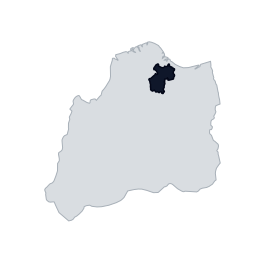 where Edo sits in Nigeria, rotated 166°
{"feature_id": "NGA-2861", "entity_name": "Edo", "entity_type": "State", "adm_level": 1, "iso_a3": "NGA", "parent_name": "Nigeria", "parent_adm1": "", "projection": "mercator", "projection_center": [5.875, 6.657], "detail": "fine", "context": "in_parent", "style": "filled", "palette": "ink", "viewbox_px": 256, "rotation_deg": 166, "n_neighbors": 0, "source": "natural_earth", "source_scale": "10m", "svg_char_len": 5671}
<svg xmlns="http://www.w3.org/2000/svg" viewBox="0 0 256 256"><g transform="rotate(166 128 128)"><path d="M208.0,52.2L215.4,62.6L216.9,70.3L217.5,74.1L218.8,74.5L221.1,74.8L222.7,75.5L223.7,76.8L224.4,77.9L224.5,78.6L224.0,83.3L223.4,84.9L223.8,87.2L223.7,88.2L223.4,88.8L222.4,89.6L221.0,90.3L217.6,92.5L216.7,92.8L215.3,92.9L214.1,93.4L212.6,94.6L209.5,99.0L206.8,103.4L204.9,110.6L202.6,112.8L202.1,114.8L201.8,119.2L201.4,120.5L201.0,120.9L198.5,121.8L197.1,122.8L196.2,124.8L195.1,131.6L194.7,132.7L193.8,133.9L192.6,135.2L191.4,135.9L188.6,136.4L185.8,141.5L185.8,142.4L184.6,147.0L182.4,150.5L182.3,152.8L179.6,155.9L178.3,158.0L179.7,160.1L179.8,160.5L175.2,164.2L175.0,164.8L174.8,167.3L174.4,168.0L173.6,168.9L172.4,170.0L171.1,170.8L169.7,171.3L168.3,171.5L167.6,171.2L167.2,170.4L166.4,167.3L166.0,166.6L165.1,166.0L161.6,162.6L159.5,161.4L159.1,161.5L158.7,161.8L158.1,163.5L157.5,164.2L156.4,164.4L154.4,164.4L153.0,164.2L152.7,163.8L152.0,162.5L147.7,165.6L146.2,166.3L144.2,170.0L141.5,171.9L139.6,173.5L134.5,178.5L133.5,180.0L132.5,182.2L130.3,191.7L126.8,197.6L126.4,198.9L126.2,198.8L125.7,199.4L124.4,199.0L123.8,197.9L122.9,197.7L121.5,196.1L121.2,196.4L122.7,200.5L122.1,202.1L117.8,202.1L114.2,202.6L111.6,202.6L110.4,202.0L109.8,200.5L109.6,200.6L109.5,201.5L108.7,202.1L105.8,202.2L104.6,201.2L103.6,200.0L102.5,199.5L102.6,200.0L103.9,201.1L103.7,202.8L101.4,204.7L100.0,204.8L99.1,204.0L98.6,202.6L98.4,200.7L97.8,199.4L97.5,199.4L97.9,201.5L97.9,203.5L99.0,205.1L97.3,205.5L95.3,205.6L95.0,205.0L94.8,203.7L94.4,203.4L94.0,205.6L89.9,206.2L89.3,206.1L89.2,205.7L89.5,205.1L89.4,204.1L88.5,204.9L88.4,206.4L87.9,206.6L86.3,206.4L84.6,205.6L81.8,203.7L78.4,200.6L77.9,199.2L76.9,197.5L75.1,192.8L75.4,192.6L76.2,192.8L76.6,192.4L75.2,192.1L74.9,191.7L74.8,190.7L74.9,189.4L77.0,188.8L77.5,188.0L77.8,187.2L75.1,188.4L72.7,187.0L72.1,186.2L72.4,185.6L75.3,185.6L76.3,185.0L75.7,184.8L74.6,184.8L74.2,184.4L74.2,183.4L73.8,183.6L73.4,184.5L71.7,185.1L70.7,184.5L70.6,183.1L70.4,182.4L69.6,182.0L66.7,178.2L63.0,175.1L59.7,173.0L54.8,172.0L44.5,172.0L43.9,171.7L44.5,171.2L45.4,170.9L48.7,169.2L48.2,168.9L44.7,170.0L43.5,170.1L42.0,172.2L31.8,172.7L31.9,171.7L32.3,169.0L32.9,167.1L32.3,164.8L32.1,162.7L32.5,162.1L32.7,161.3L32.6,156.0L33.1,155.2L33.1,154.6L32.1,152.4L32.1,150.6L31.9,148.9L31.5,148.2L31.9,141.6L31.8,140.0L32.1,138.9L32.3,136.1L32.3,133.3L32.9,129.0L37.3,128.4L38.4,126.7L39.0,124.5L38.8,122.4L40.2,120.5L41.9,118.8L41.8,117.0L42.3,116.4L43.1,116.0L44.3,115.8L45.6,114.9L46.3,113.3L47.0,110.7L45.9,109.0L45.9,108.6L46.3,107.6L47.0,106.7L47.6,106.3L48.8,106.6L49.3,106.2L50.1,103.4L50.0,102.6L48.8,100.7L48.2,95.6L47.8,95.0L46.9,94.0L44.5,90.4L44.5,88.7L45.5,86.5L46.2,85.5L47.1,84.9L47.3,84.4L47.0,83.8L46.6,83.3L46.5,82.3L46.9,80.9L46.8,79.4L47.0,71.7L49.0,70.2L51.9,67.6L53.4,65.0L54.2,63.0L55.1,56.3L56.7,55.6L59.6,53.1L63.5,51.7L66.1,51.3L70.5,51.6L72.8,51.3L74.8,50.0L75.6,49.6L76.9,49.4L88.0,52.9L89.1,52.7L89.9,52.9L91.3,53.9L94.6,57.1L98.1,62.1L99.1,63.2L100.2,63.8L101.3,64.0L102.1,63.9L102.9,63.4L104.0,62.5L105.7,62.0L107.0,62.1L114.0,58.3L114.6,58.2L118.9,59.1L124.8,62.9L129.5,65.4L132.9,66.3L136.8,66.8L143.5,67.0L148.6,61.6L150.4,60.5L152.7,59.4L157.4,58.4L165.2,57.7L172.5,58.0L177.1,58.9L181.9,60.7L183.9,62.4L187.2,62.7L189.5,62.3L190.3,60.7L192.6,58.5L196.1,56.4L199.0,55.0L201.3,54.4L203.4,52.7L205.1,52.2L208.0,52.2ZM106.1,204.3L104.5,204.8L103.5,204.7L104.9,202.6L105.6,203.0L106.5,203.2L106.1,204.3Z" fill="#d9dde1" stroke="#a8b0b8" stroke-width="1"/><path d="M96.0,170.0L95.5,170.6L95.0,170.7L94.5,170.6L93.9,170.6L92.9,171.1L90.9,172.2L89.4,172.9L89.0,173.1L88.3,174.0L87.9,174.0L87.5,173.5L87.1,173.0L86.6,173.0L86.2,173.3L86.0,173.8L85.9,174.4L86.4,175.3L86.5,175.8L86.7,176.5L87.2,177.3L88.1,178.2L88.4,178.3L88.7,178.4L88.7,179.1L88.5,179.7L87.8,180.5L86.9,181.1L86.2,181.9L85.4,182.5L83.8,182.9L83.5,182.9L83.3,182.8L83.2,182.5L83.3,182.3L83.2,182.1L83.0,181.8L83.3,181.2L83.4,180.6L82.9,180.3L82.4,180.0L81.5,179.0L79.6,178.0L78.6,178.1L77.7,178.6L77.6,178.8L77.5,179.0L77.3,178.9L77.0,178.8L76.4,178.4L75.8,178.3L75.3,178.4L74.3,178.3L74.1,178.7L74.2,179.3L73.3,180.1L73.0,180.2L72.6,180.0L72.5,179.1L72.7,178.0L71.9,177.1L70.8,176.6L70.8,176.1L70.5,175.6L70.3,175.5L70.1,175.4L69.9,175.4L69.7,175.1L69.4,174.7L69.0,174.4L68.7,174.2L68.6,173.9L68.8,173.6L68.9,173.1L69.1,172.8L69.5,172.7L69.9,172.4L70.1,172.0L70.2,171.6L70.5,171.2L70.9,170.3L70.6,169.4L70.3,169.0L70.2,168.9L70.1,168.3L70.1,168.1L70.2,167.5L70.4,167.2L70.9,166.6L71.5,166.0L71.7,165.6L71.9,165.2L71.9,164.8L72.1,164.6L72.4,164.5L76.9,164.5L77.7,165.1L77.4,165.5L77.2,165.9L77.6,167.0L78.0,166.9L78.8,166.3L79.3,166.3L79.5,166.5L80.0,166.6L80.3,166.6L80.4,166.4L80.7,166.0L80.8,165.8L80.9,164.8L81.1,164.4L81.5,164.3L81.5,164.0L81.5,163.9L81.7,163.7L81.4,163.1L81.4,162.5L81.6,161.9L82.0,161.4L82.3,161.2L82.4,160.8L83.1,159.1L83.1,158.9L83.1,158.7L83.4,158.3L83.8,157.9L84.1,157.8L84.3,157.5L84.5,157.0L84.4,156.6L84.3,156.4L84.2,155.9L84.4,155.5L84.3,155.3L83.9,154.9L84.0,154.4L84.2,154.2L84.7,154.1L84.9,154.0L85.2,153.6L85.5,153.1L85.8,153.2L86.1,153.1L86.4,153.3L86.3,153.6L86.9,153.8L87.0,154.2L86.8,154.9L87.2,155.4L87.9,155.4L88.7,155.1L89.0,154.9L89.3,154.8L89.5,155.1L89.7,155.3L90.3,155.7L90.7,156.2L91.1,156.3L91.7,156.1L92.1,156.1L92.5,156.5L92.8,157.4L93.0,157.7L93.1,158.0L93.3,158.3L94.1,158.2L94.8,157.9L95.2,157.9L95.5,158.0L95.6,158.3L95.7,158.5L95.9,158.7L96.3,158.8L96.6,159.5L96.7,160.0L96.6,160.3L96.4,160.9L96.4,161.7L96.2,162.1L96.2,162.3L96.2,163.0L95.8,164.0L95.6,164.7L95.6,164.9L95.7,165.8L95.6,167.9L95.6,168.6L96.0,169.5L96.0,170.0Z" fill="#0f172a" stroke="#020617" stroke-width="1.5"/></g></svg>